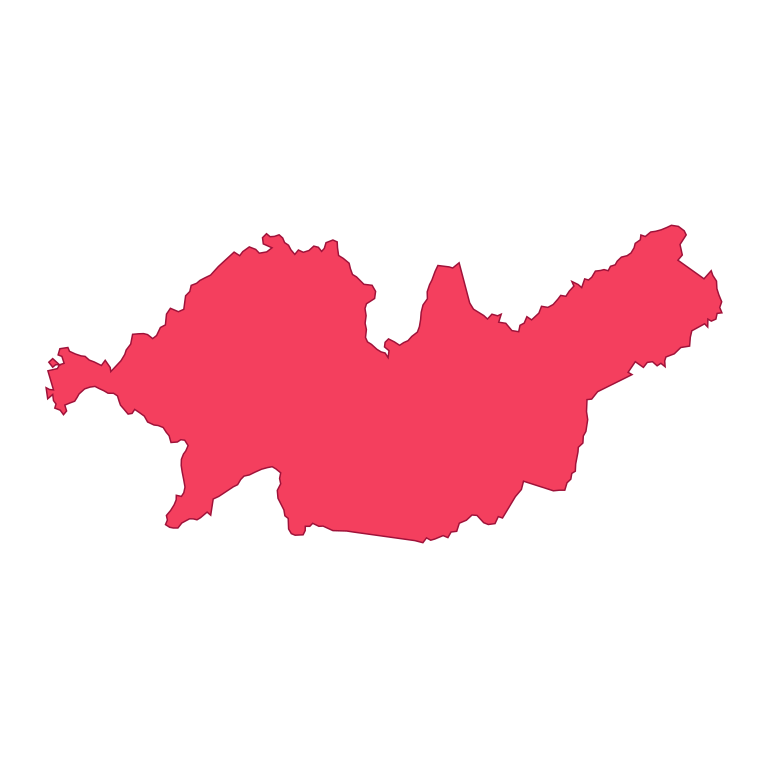 outline of Carazinho, Rio Grande do Sul, Brazil
{"feature_id": "56859067B4545609401254", "entity_name": "Carazinho", "entity_type": "district", "adm_level": 2, "iso_a3": "BRA", "parent_name": "Brazil", "parent_adm1": "Rio Grande do Sul", "projection": "albers", "projection_center": [-52.891, -28.277], "detail": "fine", "context": "isolated", "style": "filled", "palette": "rose", "viewbox_px": 768, "rotation_deg": 0, "n_neighbors": 0, "source": "geoboundaries", "source_scale": "gbopen_adm2", "svg_char_len": 4377}
<svg xmlns="http://www.w3.org/2000/svg" viewBox="0 0 768 768"><path d="M262.5,237.7L263.3,243.9L272.0,247.8L266.7,251.9L259.3,253.2L255.7,249.4L249.3,246.9L242.8,251.6L239.7,255.7L234.1,252.1L218.4,266.5L210.6,275.1L205.0,277.8L200.0,280.4L196.6,283.3L191.2,285.4L189.8,291.5L185.6,295.8L183.8,309.3L178.4,311.7L170.4,308.3L166.5,314.1L165.4,324.9L160.4,327.5L156.6,335.5L152.7,338.6L147.6,334.6L143.6,333.6L138.4,333.8L132.6,334.3L130.7,344.1L126.2,350.0L124.8,354.4L121.0,360.7L114.4,367.8L110.8,371.6L110.2,367.5L105.2,360.3L101.4,365.5L94.1,361.9L89.3,360.1L85.1,356.4L81.1,355.9L75.4,354.0L69.5,351.3L67.9,347.5L59.9,348.7L58.1,354.9L61.9,356.4L64.1,363.3L59.5,364.8L57.4,368.6L47.9,370.8L53.5,389.9L49.5,389.5L46.1,387.7L47.7,398.8L52.7,394.5L53.5,400.6L56.0,404.0L54.8,408.1L60.2,410.2L63.5,414.7L66.6,411.0L64.8,405.1L69.6,403.1L74.7,401.2L77.0,397.6L79.0,394.0L84.6,388.9L90.0,387.1L95.0,386.4L99.4,388.7L103.8,390.7L108.0,393.2L113.6,393.3L117.5,395.9L119.1,401.2L120.5,405.2L123.9,409.1L128.1,414.1L132.1,413.4L134.7,409.4L139.3,412.5L144.3,416.1L147.6,422.0L154.0,425.0L158.1,425.5L163.2,427.5L166.4,432.5L169.1,435.7L171.0,442.5L177.4,442.0L180.8,439.7L184.7,440.2L188.1,445.6L185.8,450.9L183.5,454.0L181.4,459.3L181.2,465.4L182.2,472.0L183.8,480.2L185.0,487.1L183.8,492.7L181.4,496.4L176.3,495.3L176.2,499.8L174.2,504.7L170.6,510.5L166.4,515.5L167.4,520.0L165.5,524.6L169.7,527.3L173.4,528.0L177.9,528.0L181.8,523.0L186.0,520.7L189.6,518.8L193.4,518.9L197.0,519.8L200.5,517.7L207.1,512.1L210.7,515.2L213.2,499.0L218.8,496.4L222.0,494.3L233.3,486.8L237.6,484.7L240.7,479.5L244.0,476.1L249.4,474.9L255.1,472.1L261.6,469.2L267.4,467.6L272.2,466.7L275.9,468.9L280.7,472.8L279.6,478.5L280.7,483.8L277.3,490.4L278.0,498.3L283.9,509.9L284.9,515.8L288.2,518.4L288.6,529.0L291.3,533.6L295.1,535.2L303.1,534.8L305.2,530.6L305.3,526.3L309.8,526.3L312.7,523.3L318.9,526.3L323.1,526.1L332.9,530.6L346.7,531.0L353.2,532.0L414.9,540.6L422.9,542.7L426.5,537.9L430.7,540.2L434.9,539.0L443.1,535.6L447.9,537.6L451.1,532.0L456.7,531.3L459.3,523.2L466.4,520.2L472.0,515.0L477.0,515.4L483.7,522.7L488.3,524.5L495.0,523.6L498.3,516.6L502.5,518.0L515.4,496.6L521.4,489.5L523.5,481.2L553.4,490.8L559.4,490.2L564.8,490.2L567.0,482.8L570.8,479.2L571.8,473.4L575.3,471.2L575.7,463.9L578.0,451.9L578.3,447.3L582.9,443.0L583.3,436.0L585.9,431.4L587.7,419.6L586.5,411.6L587.0,399.6L591.7,399.1L597.6,391.7L632.0,374.6L628.1,372.3L635.3,361.7L643.4,367.4L647.3,362.4L652.5,361.7L657.1,365.8L660.9,363.3L665.1,366.7L664.7,360.9L665.9,357.0L674.3,353.8L680.8,347.5L689.6,346.1L690.3,337.3L691.8,330.8L704.6,323.8L707.7,327.0L707.9,319.1L711.3,321.1L715.9,319.1L717.1,313.4L721.9,312.8L719.7,307.5L721.7,301.8L718.9,295.0L716.9,288.7L716.5,281.1L712.8,275.4L711.2,270.7L704.0,278.8L677.9,260.2L682.3,255.0L680.0,244.5L686.2,234.9L684.2,230.8L678.4,226.4L671.4,225.3L667.0,227.4L661.2,229.8L655.6,231.3L650.7,232.0L645.3,236.5L640.9,235.0L640.3,239.8L635.2,243.4L634.1,247.8L631.0,253.0L627.1,255.7L621.4,257.1L617.2,261.2L615.2,264.8L610.5,266.3L608.2,270.7L604.0,269.6L600.4,270.5L595.4,271.1L591.8,277.2L588.5,280.0L584.7,278.9L581.7,287.6L578.1,284.5L571.9,281.5L573.9,286.1L569.3,291.1L565.9,296.3L560.7,295.4L558.0,299.0L553.2,304.5L547.9,307.4L541.5,306.3L538.9,313.1L531.6,319.9L526.9,316.7L524.2,323.1L520.0,325.3L518.7,331.7L511.9,330.6L505.8,323.3L498.7,322.2L501.2,314.2L497.6,315.8L491.9,314.2L487.5,319.0L483.7,315.5L473.5,309.2L469.7,303.0L459.1,262.8L452.7,268.0L449.1,266.9L437.9,265.5L435.1,271.4L431.9,280.1L429.6,284.6L427.2,291.8L427.4,298.8L423.0,305.0L421.2,312.3L420.6,319.6L419.4,326.7L417.4,332.1L411.8,336.4L408.0,340.7L403.7,342.6L399.6,345.3L394.4,341.9L388.5,338.9L385.1,342.3L384.5,346.9L389.0,350.7L388.1,357.6L385.1,353.0L381.1,351.9L377.0,349.4L371.5,344.4L367.5,341.9L365.5,337.5L366.4,329.6L365.1,323.2L366.1,315.7L365.0,308.5L366.5,303.7L369.7,301.7L374.6,298.5L375.6,291.4L372.1,285.3L363.9,284.3L359.9,280.3L356.5,276.9L352.5,274.5L350.4,268.7L349.1,263.2L343.3,258.4L338.6,255.5L337.5,247.7L337.2,241.9L332.9,240.0L326.0,242.7L324.3,248.4L321.6,251.4L318.4,247.3L313.8,246.1L309.0,250.5L303.3,252.3L298.4,250.0L294.8,254.4L290.9,249.8L288.5,245.2L284.6,242.6L282.7,238.0L279.1,234.8L274.4,236.4L270.1,236.7L266.5,233.7L262.5,237.7ZM59.5,364.8L52.7,358.6L48.8,362.2L52.7,367.2L55.7,364.7L59.5,364.8Z" fill="#f43f5e" stroke="#9f1239" stroke-width="1.5"/></svg>